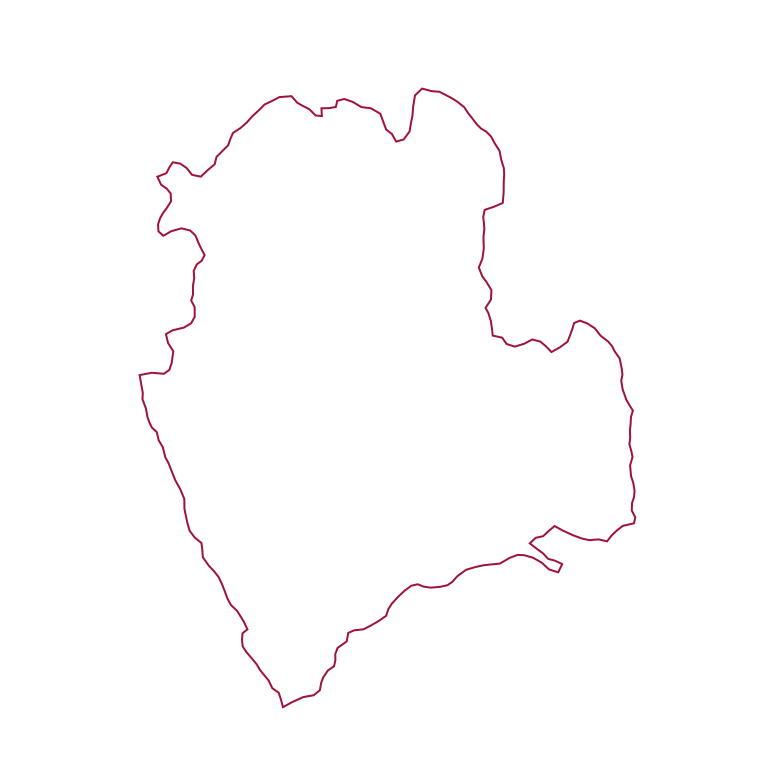 outline of São Gonçalo do Sapucaí, Minas Gerais, Brazil, rotated 80°
{"feature_id": "56859067B18713004927046", "entity_name": "São Gonçalo do Sapucaí", "entity_type": "district", "adm_level": 2, "iso_a3": "BRA", "parent_name": "Brazil", "parent_adm1": "Minas Gerais", "projection": "mercator", "projection_center": [-45.596, -21.903], "detail": "fine", "context": "isolated", "style": "outline", "palette": "rose", "viewbox_px": 768, "rotation_deg": 80, "n_neighbors": 0, "source": "geoboundaries", "source_scale": "gbopen_adm2", "svg_char_len": 3466}
<svg xmlns="http://www.w3.org/2000/svg" viewBox="0 0 768 768"><g transform="rotate(80 384 384)"><path d="M577.7,191.7L572.8,186.2L568.7,180.1L565.2,173.6L564.6,162.0L559.0,159.7L551.6,162.0L544.1,160.3L538.8,157.4L532.7,155.8L524.7,155.7L517.7,156.7L507.0,155.8L499.0,151.9L492.7,152.1L485.9,152.8L479.4,150.8L472.4,149.9L466.3,148.1L459.3,146.5L453.4,143.5L447.4,146.0L441.5,148.1L430.8,149.9L421.9,149.8L416.4,147.6L410.3,147.2L399.6,147.5L391.9,151.2L386.4,152.8L381.2,155.8L373.9,162.4L365.9,166.6L359.7,173.2L355.6,180.1L357.0,186.2L362.0,188.7L368.3,192.3L374.2,195.9L378.5,204.6L381.6,213.5L374.8,218.1L369.3,222.8L365.9,230.3L368.7,238.8L369.9,248.7L365.9,256.3L358.9,259.6L355.2,268.5L348.8,268.1L340.9,267.8L332.3,268.9L326.7,270.8L319.4,264.0L310.3,261.9L302.0,265.1L295.0,268.5L285.8,270.4L277.5,265.3L267.9,262.2L256.4,260.5L249.0,258.3L243.3,257.7L236.8,257.3L230.0,254.6L228.5,244.8L226.3,235.6L216.1,232.9L205.8,231.0L198.8,229.3L192.4,228.5L183.5,229.6L174.7,229.7L166.1,233.2L158.9,235.6L153.3,239.4L149.3,244.1L144.1,247.7L138.2,250.7L131.9,254.1L125.4,256.9L118.7,262.8L113.8,268.2L110.1,273.1L105.8,278.7L104.0,285.9L99.7,295.2L105.2,303.4L115.9,307.1L125.1,309.5L131.3,312.0L139.8,315.0L146.6,322.2L147.4,329.9L139.2,332.8L133.7,337.7L126.3,339.1L117.2,340.7L110.2,349.0L107.4,358.1L100.7,365.9L96.4,373.7L97.0,380.9L102.8,383.3L102.8,390.1L101.6,397.7L109.3,398.7L107.7,404.7L100.3,409.9L95.8,416.0L91.9,420.6L84.5,425.1L83.3,437.3L86.0,445.7L88.0,453.1L92.9,460.0L97.3,467.0L102.8,473.9L107.1,481.1L110.5,489.1L115.9,492.7L121.8,496.0L126.7,503.0L131.3,509.5L138.2,512.6L142.5,520.1L148.0,528.4L144.7,536.7L137.0,540.9L131.6,546.4L129.0,553.4L133.1,557.5L138.6,561.7L140.5,571.2L149.0,568.9L154.0,564.0L159.3,561.0L167.1,562.0L173.2,567.6L177.2,571.9L181.7,575.6L187.5,578.8L194.5,579.6L199.7,575.6L196.6,567.0L195.5,556.5L199.2,548.2L205.0,543.9L212.4,542.3L219.1,540.5L225.9,538.3L231.0,542.2L233.7,547.6L239.6,551.8L246.8,552.5L254.5,555.2L262.6,556.5L268.3,559.4L275.3,557.1L285.1,558.8L290.7,563.4L293.7,571.2L294.4,582.8L297.0,590.1L306.3,589.5L315.2,585.8L326.5,589.5L332.9,593.0L335.7,599.0L332.6,610.8L332.8,623.1L342.1,623.1L350.9,623.1L357.1,624.5L366.9,622.7L375.1,622.7L380.8,621.8L386.7,620.1L391.9,616.1L400.2,615.7L407.8,612.8L418.2,612.1L424.6,609.9L433.8,608.1L442.7,606.2L452.3,602.9L462.6,600.6L472.4,602.2L479.8,602.0L487.4,601.7L494.8,600.9L502.3,597.1L508.9,591.4L515.6,591.7L523.2,592.5L532.4,588.1L539.2,583.7L545.2,580.5L552.5,578.4L559.9,576.9L567.9,575.5L574.9,573.2L582.0,568.0L593.5,563.4L601.9,561.1L604.9,566.6L611.5,568.3L618.0,568.7L624.2,566.0L631.0,562.0L638.0,558.0L644.1,555.8L649.6,552.7L656.0,549.1L664.2,546.8L669.8,541.3L676.7,540.3L684.7,539.6L681.4,530.0L678.3,517.8L678.3,507.3L674.4,500.3L667.3,497.7L662.4,494.8L656.4,489.1L653.3,482.2L647.4,479.8L641.6,478.9L635.9,475.6L631.0,465.4L622.9,462.4L621.4,456.2L622.0,446.8L619.6,439.0L616.5,430.4L612.6,422.1L606.6,418.9L601.8,414.6L596.4,407.6L591.1,399.6L587.4,392.1L587.1,385.5L590.4,380.2L592.7,373.3L593.5,364.1L593.2,356.6L590.8,351.2L586.1,345.3L581.2,335.4L580.1,325.3L579.8,317.5L580.2,311.0L581.0,301.1L577.1,290.6L575.5,282.0L577.1,275.2L581.0,267.4L587.4,259.6L595.3,253.7L599.7,245.1L592.3,239.8L587.8,246.1L584.7,252.7L578.3,256.9L573.1,261.9L566.3,268.1L561.8,261.3L561.5,253.7L558.0,248.4L553.5,240.7L559.3,233.5L565.7,224.3L570.6,215.8L573.4,209.1L574.3,199.6L577.7,191.7Z" fill="none" stroke="#9f1239" stroke-width="2"/></g></svg>